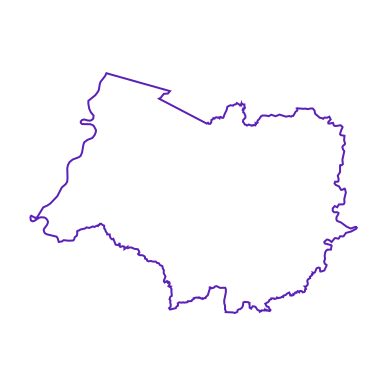 outline of La Victoria, Valle del Cauca, Colombia, rotated 357°
{"feature_id": "7082276B16171151514761", "entity_name": "La Victoria", "entity_type": "district", "adm_level": 2, "iso_a3": "COL", "parent_name": "Colombia", "parent_adm1": "Valle del Cauca", "projection": "mercator", "projection_center": [-75.953, 4.485], "detail": "fine", "context": "isolated", "style": "outline", "palette": "violet", "viewbox_px": 384, "rotation_deg": 357, "n_neighbors": 0, "source": "geoboundaries", "source_scale": "gbopen_adm2", "svg_char_len": 6067}
<svg xmlns="http://www.w3.org/2000/svg" viewBox="0 0 384 384"><g transform="rotate(357 192 192)"><path d="M353.2,235.4L348.6,236.8L344.6,234.7L339.3,230.3L335.5,228.5L334.8,227.2L334.9,224.9L337.1,221.5L337.2,220.6L336.1,219.8L332.9,219.7L331.5,218.1L331.7,215.7L333.8,213.5L336.2,214.8L338.1,212.1L342.1,212.3L343.3,211.7L343.7,210.7L343.7,207.0L345.6,200.6L345.0,197.1L344.3,196.6L342.3,197.6L341.0,197.7L339.1,194.1L335.8,192.4L334.8,190.8L335.5,189.2L337.7,189.4L338.7,189.0L339.1,186.6L338.4,183.4L340.9,179.9L341.2,173.5L341.6,172.8L342.9,173.1L344.1,172.1L343.9,167.6L346.2,159.2L345.0,157.3L344.5,155.2L345.1,153.9L347.1,152.4L347.4,151.7L346.6,148.4L347.2,143.8L343.6,143.0L342.8,141.9L344.5,137.5L345.7,135.5L345.6,134.7L343.8,133.1L339.6,133.6L337.7,133.4L337.1,132.8L336.4,130.3L332.8,130.9L331.8,130.7L331.7,129.3L334.3,126.8L333.1,124.0L330.8,124.9L328.2,124.6L326.8,125.8L325.4,124.9L323.6,124.6L319.1,120.3L318.6,117.1L317.1,115.0L315.2,114.8L311.4,115.3L310.0,114.6L308.0,114.8L301.3,113.9L301.0,114.0L301.6,115.0L301.3,116.3L299.7,117.2L297.1,121.3L296.1,121.2L294.9,121.9L293.0,121.2L289.8,121.7L283.5,119.3L279.4,120.7L275.2,119.0L272.5,120.3L270.3,119.6L266.5,119.3L264.9,120.0L262.8,122.9L261.4,124.0L260.8,125.3L261.2,126.1L259.8,127.0L259.3,126.7L259.5,127.8L258.5,128.8L257.6,128.1L256.3,128.8L255.5,128.4L255.0,128.9L252.3,127.6L250.5,128.5L249.6,127.7L248.5,127.6L246.6,124.5L246.9,122.8L249.2,120.6L249.3,118.7L248.3,115.9L247.3,115.1L247.6,113.1L246.9,112.7L247.5,111.3L248.2,111.6L248.5,111.1L248.9,111.2L249.3,110.5L248.9,109.9L248.9,107.3L247.1,107.1L246.5,106.4L246.0,107.2L245.9,106.3L245.1,108.1L244.6,108.2L244.2,107.4L241.4,105.5L240.5,106.6L238.1,107.2L237.5,107.9L234.8,107.4L231.8,108.7L230.7,112.3L228.6,116.0L227.2,119.4L226.1,119.6L224.5,118.5L223.9,118.7L223.4,119.9L222.3,118.9L221.5,119.2L220.2,118.6L219.2,118.9L218.4,119.9L217.2,119.3L216.4,120.7L215.2,121.0L214.9,123.2L213.9,124.8L212.4,124.8L211.6,123.7L210.4,124.5L164.0,97.1L165.6,96.3L169.0,92.5L173.1,92.4L175.3,90.1L112.7,68.9L111.4,71.5L106.5,77.1L105.6,79.2L104.4,84.7L103.5,86.7L100.5,90.3L93.3,95.5L93.1,98.3L93.7,103.3L95.0,106.8L97.7,110.5L97.3,113.3L96.4,114.4L94.4,115.4L92.0,115.2L88.0,113.9L85.9,114.4L84.6,115.8L84.6,117.2L85.8,118.4L94.1,119.0L96.3,120.0L97.5,121.1L99.4,125.3L98.9,127.6L97.8,129.9L95.4,132.8L90.3,134.5L86.9,136.8L86.0,139.2L84.3,146.7L82.7,150.1L80.9,151.3L74.6,153.3L71.3,155.7L69.6,158.5L68.7,161.6L68.4,171.7L67.9,175.3L66.2,177.6L62.2,180.7L57.3,189.1L49.9,196.1L46.9,197.9L42.7,199.5L36.1,209.1L34.0,209.6L30.3,207.3L29.7,207.7L29.3,209.2L29.6,211.8L31.0,212.9L32.8,212.7L37.8,209.8L39.9,209.3L43.2,209.7L45.0,210.9L46.3,212.9L46.6,214.7L45.6,217.1L42.2,221.2L41.9,222.3L42.4,224.5L42.9,225.4L44.9,226.7L54.4,229.5L55.4,231.1L56.3,234.9L59.4,234.6L61.3,233.4L66.5,234.2L70.8,234.2L71.6,233.5L72.7,230.9L74.7,229.6L75.3,227.0L75.2,225.4L75.6,224.8L77.2,224.5L78.6,223.6L83.1,222.9L84.8,221.8L87.5,222.5L91.3,221.2L92.7,221.8L95.1,220.7L96.3,221.1L96.9,220.0L97.8,220.0L98.4,218.9L99.7,219.0L101.0,220.3L102.5,221.0L102.4,223.8L103.4,225.0L103.7,226.7L105.2,229.0L105.1,229.9L107.6,230.1L107.6,231.6L108.3,233.8L109.7,235.1L111.0,234.6L113.0,240.6L115.6,241.2L116.2,241.0L116.6,239.8L117.1,239.9L117.0,242.7L117.8,243.1L119.8,242.5L121.6,243.1L121.5,245.5L124.7,243.4L124.6,244.4L125.0,244.8L126.6,244.1L128.7,244.3L131.7,245.8L134.9,246.3L135.8,247.8L136.3,249.8L134.9,251.0L135.1,251.4L136.2,252.3L139.4,252.6L141.0,253.6L141.6,254.3L141.6,256.0L143.4,256.8L143.6,258.2L145.1,259.0L147.4,258.7L149.0,259.4L152.2,259.6L153.5,261.1L155.1,261.3L156.2,263.3L158.5,264.4L158.9,267.0L159.8,268.6L159.5,271.5L161.1,275.1L159.3,279.0L159.3,279.9L160.0,280.9L161.7,279.9L163.1,281.2L163.5,281.2L163.4,280.2L164.1,280.6L163.7,281.5L164.8,281.5L164.9,282.0L164.7,283.1L163.7,284.6L165.4,285.1L164.6,285.5L165.7,286.2L166.5,288.1L166.2,289.5L166.4,294.6L164.9,295.5L163.9,297.9L164.8,299.2L164.4,301.2L164.9,303.3L164.6,305.5L163.0,306.8L163.9,308.2L169.8,307.1L170.6,305.5L172.1,304.7L172.0,302.4L173.5,301.5L176.0,302.0L177.6,301.7L178.4,302.1L181.7,301.8L182.1,300.9L185.8,300.9L186.5,299.8L188.3,298.8L188.2,298.1L190.6,297.6L192.2,297.9L193.2,297.6L193.6,298.2L194.3,297.9L195.7,299.0L196.8,298.6L197.3,299.4L199.0,298.5L200.0,298.6L200.4,297.4L202.3,296.1L204.7,289.6L204.7,288.2L205.5,288.2L206.2,289.2L208.8,288.7L210.2,287.5L211.6,287.3L215.0,289.2L220.2,289.4L220.7,290.9L220.6,293.8L218.5,301.9L218.4,304.9L219.1,307.4L218.8,310.7L219.5,312.6L219.3,313.7L226.6,314.4L228.5,315.1L230.9,314.1L231.4,312.4L232.5,311.7L234.2,311.4L236.0,309.9L236.9,308.3L237.5,305.0L238.6,304.5L242.4,305.0L243.7,305.8L243.3,306.9L243.6,307.7L243.5,310.5L244.9,311.6L246.6,309.3L248.5,309.6L249.5,310.2L251.2,313.1L253.3,314.2L253.4,315.1L254.9,314.6L255.1,313.9L258.1,314.0L258.6,313.2L259.0,314.1L260.4,313.6L260.7,314.4L261.3,314.3L263.3,315.0L264.2,314.0L263.3,313.0L262.4,310.7L260.6,310.2L259.3,307.4L262.8,305.6L263.7,303.8L265.3,303.3L265.5,302.4L268.1,302.5L268.6,303.1L271.0,302.7L271.4,301.8L272.6,302.4L275.2,302.1L276.0,301.5L276.6,301.6L277.3,300.9L277.7,301.3L278.1,300.2L280.3,299.7L281.5,298.5L283.8,297.5L284.8,299.7L285.1,299.8L284.8,300.4L286.4,300.7L287.9,300.2L287.9,299.0L289.1,299.0L289.9,297.7L291.1,298.1L291.4,297.3L292.5,296.5L293.8,297.8L294.6,296.6L295.3,296.5L296.4,296.7L297.3,298.0L299.0,297.7L299.6,296.9L299.9,295.0L300.8,294.8L300.3,293.1L299.7,292.3L300.9,292.3L302.6,290.8L302.9,289.0L302.4,287.0L303.1,285.4L305.5,284.2L305.3,282.8L307.6,281.3L307.5,280.2L308.7,279.9L308.4,278.8L309.3,279.2L310.6,278.6L312.4,274.8L314.3,274.1L315.6,274.5L315.9,278.0L316.8,278.2L320.0,277.3L322.4,272.8L322.6,271.9L320.9,270.6L320.3,268.4L321.4,265.7L321.1,262.9L321.8,259.5L322.8,257.7L324.2,256.7L327.7,256.8L328.6,252.8L328.1,252.3L322.1,250.4L321.5,249.4L321.7,248.5L324.2,246.6L325.0,246.6L326.9,247.5L328.8,249.3L332.0,245.7L332.9,245.5L335.7,246.3L336.3,246.0L337.4,244.0L341.0,244.2L343.6,240.9L348.8,239.8L354.1,237.3L354.7,236.2L354.2,235.5L353.2,235.4Z" fill="none" stroke="#5b21b6" stroke-width="2"/></g></svg>